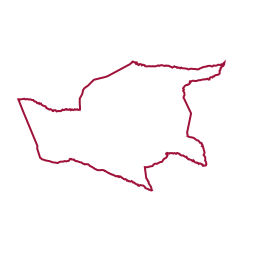 Campo Novo do Parecis, Mato Grosso, Brazil, rotated 82°
{"feature_id": "56859067B93931383273622", "entity_name": "Campo Novo do Parecis", "entity_type": "district", "adm_level": 2, "iso_a3": "BRA", "parent_name": "Brazil", "parent_adm1": "Mato Grosso", "projection": "natural_earth1", "projection_center": [-57.909, -13.656], "detail": "fine", "context": "isolated", "style": "outline", "palette": "rose", "viewbox_px": 256, "rotation_deg": 82, "n_neighbors": 0, "source": "geoboundaries", "source_scale": "gbopen_adm2", "svg_char_len": 5704}
<svg xmlns="http://www.w3.org/2000/svg" viewBox="0 0 256 256"><g transform="rotate(82 128 128)"><path d="M76.5,23.4L78.0,25.4L78.2,26.0L77.9,26.6L78.1,27.0L78.6,27.2L78.7,27.7L78.3,28.0L77.9,30.1L78.3,30.9L78.5,31.8L78.5,32.8L78.0,34.4L78.2,35.1L78.6,35.4L78.8,35.9L78.5,36.9L77.8,38.1L77.7,40.2L77.8,41.1L78.1,41.4L78.0,43.7L78.3,44.8L78.2,45.8L78.6,46.5L79.1,48.8L79.6,49.4L79.6,51.6L79.1,52.5L78.5,55.8L78.1,56.7L78.1,58.5L78.4,59.6L78.2,60.4L77.7,60.9L76.7,64.1L76.6,65.2L76.0,66.5L75.6,66.9L76.2,68.0L75.5,68.7L75.1,69.9L75.4,70.4L75.2,71.0L74.5,71.3L73.9,73.1L73.4,73.4L73.5,73.9L74.0,74.7L74.0,75.3L74.3,75.8L73.6,76.5L73.2,77.6L72.7,77.9L72.2,78.6L72.0,79.3L72.1,79.7L71.6,80.8L71.7,81.2L71.4,81.8L71.7,82.2L71.5,83.6L70.6,85.3L70.4,87.4L70.8,88.1L70.8,88.7L70.2,89.5L70.7,91.5L70.7,93.3L70.2,94.5L70.4,94.9L70.0,97.4L69.7,98.0L69.7,100.3L69.5,101.1L69.5,101.7L68.9,102.7L68.1,102.8L67.7,103.9L67.5,104.2L67.8,105.4L67.3,105.4L66.9,105.8L66.6,106.7L66.3,107.1L66.9,107.8L67.1,108.8L66.2,109.1L66.1,110.0L65.6,110.4L65.2,110.3L65.6,111.1L65.2,111.4L64.1,111.1L63.8,112.7L63.0,113.6L62.9,114.0L63.0,114.5L63.5,114.6L65.2,117.5L73.9,141.1L74.3,143.3L75.5,155.0L78.7,159.4L80.5,161.7L81.8,164.4L82.5,165.6L84.2,167.2L87.8,168.5L92.2,171.7L96.2,172.3L102.2,172.8L103.0,173.0L103.3,173.2L103.0,173.8L103.3,174.2L103.1,175.0L102.5,175.5L102.4,176.2L102.7,177.1L102.0,178.2L102.7,179.3L102.6,179.8L101.9,180.7L101.8,181.3L102.3,181.6L102.4,182.4L101.5,182.7L101.3,183.0L101.6,183.4L101.5,184.0L101.7,184.7L101.3,185.8L101.3,186.3L100.7,186.3L100.6,187.2L101.4,188.8L101.3,189.3L100.6,190.3L101.7,191.5L101.6,192.3L101.9,192.8L101.3,194.9L101.7,195.9L101.6,196.5L100.3,197.3L100.1,199.0L100.8,199.6L100.8,200.1L99.1,201.2L99.0,201.7L98.5,202.4L98.8,203.3L97.3,205.3L97.1,205.9L96.7,206.1L96.2,206.0L95.5,206.6L95.0,206.8L94.4,208.4L93.3,209.9L92.7,210.5L91.8,210.7L91.5,211.4L91.8,212.2L91.0,212.4L90.7,212.8L91.1,213.6L90.8,214.5L89.3,215.3L88.6,217.0L88.2,217.4L87.1,217.9L87.0,219.1L86.0,220.8L85.9,221.3L86.1,222.0L85.8,222.4L85.2,224.3L85.4,224.8L85.4,225.4L85.2,225.9L84.6,226.5L84.7,230.2L84.8,230.7L84.6,231.5L84.3,231.9L84.3,232.6L96.8,229.6L133.1,220.2L135.6,220.8L145.2,219.2L145.7,218.5L146.8,217.8L148.6,214.2L150.1,209.9L151.3,207.8L151.9,206.0L152.2,204.4L152.5,203.9L152.8,202.7L152.9,202.2L152.6,201.8L152.0,200.3L152.2,196.4L151.9,195.2L152.2,194.6L152.5,193.3L152.3,192.7L152.4,191.6L151.7,190.5L150.7,190.0L150.5,189.5L150.6,188.8L151.2,188.3L151.4,187.8L151.5,186.8L151.7,186.0L152.1,186.0L152.2,185.5L153.0,185.1L153.5,184.4L153.7,183.9L153.6,183.2L155.0,180.8L155.7,178.8L157.3,177.2L157.5,176.1L158.1,175.6L157.9,174.4L158.1,173.7L158.4,173.2L158.4,172.6L158.6,172.2L159.6,171.4L160.1,171.3L161.8,168.7L162.2,168.4L163.0,167.3L163.9,166.6L164.1,166.0L165.3,164.3L165.7,163.2L166.1,158.7L166.8,157.4L167.3,157.1L167.4,156.4L167.7,156.2L169.8,153.7L169.8,153.2L170.2,153.0L171.3,151.4L171.4,150.9L172.0,150.3L172.2,149.9L172.1,149.5L172.3,149.0L173.1,148.2L174.0,146.9L174.0,146.4L174.3,146.1L174.1,145.3L174.2,144.5L174.5,144.0L175.1,144.2L175.4,143.8L175.2,143.1L174.8,142.7L175.0,142.2L175.6,141.7L175.9,141.2L176.4,141.0L177.1,140.1L177.9,139.4L178.4,138.5L178.2,137.7L178.5,137.2L178.9,137.0L179.6,136.1L180.1,136.2L180.3,135.6L180.3,135.2L180.8,134.7L180.8,134.2L181.3,133.4L181.4,132.6L181.0,131.8L182.0,130.8L182.5,130.7L182.9,130.4L182.8,129.7L183.2,129.1L184.1,128.5L185.0,127.3L185.4,126.1L186.2,126.1L186.4,125.6L186.9,125.1L186.2,124.0L187.2,120.8L188.6,119.6L189.1,119.5L190.1,119.0L190.9,117.2L191.3,116.7L191.6,116.1L192.0,115.9L192.6,114.3L193.1,113.7L193.0,113.2L192.6,113.5L192.1,113.4L191.8,113.1L189.3,113.5L185.6,115.2L184.1,115.1L183.3,115.7L182.8,115.7L182.0,116.2L181.5,116.1L180.4,116.9L169.1,116.8L169.4,115.4L169.5,113.9L169.2,112.1L169.1,109.4L169.0,108.9L167.9,107.9L167.3,106.8L167.1,105.7L167.5,104.6L167.4,103.9L167.1,103.5L166.2,100.7L166.3,99.6L166.1,99.0L165.8,98.6L165.0,98.1L163.6,96.6L162.8,94.4L162.3,94.1L162.1,93.7L160.7,92.7L160.2,92.7L159.5,93.6L159.0,93.9L158.7,93.8L158.8,93.2L158.1,92.7L158.4,91.9L158.8,91.4L158.8,91.0L159.1,90.4L158.7,89.9L159.1,87.3L159.6,86.8L159.6,86.2L159.3,85.6L160.3,84.0L160.1,83.6L159.7,83.4L159.7,82.4L160.5,81.3L160.5,80.9L161.3,80.2L161.8,80.1L162.1,79.7L162.8,78.4L162.9,77.0L164.0,76.1L164.8,74.6L164.7,74.1L165.8,74.0L166.1,73.4L167.0,72.9L167.5,72.4L167.4,72.0L167.6,71.5L168.5,70.0L168.8,69.2L169.4,68.1L169.9,68.4L170.0,67.8L169.4,67.5L169.8,67.2L170.4,67.2L171.5,66.2L171.9,64.4L172.3,64.3L172.3,63.7L172.6,63.4L173.5,63.0L173.0,61.8L173.4,61.2L173.6,60.6L174.4,60.0L174.4,59.6L174.6,59.2L175.7,59.2L175.9,58.6L175.7,57.9L176.0,57.0L175.9,56.3L175.6,55.8L174.4,55.4L172.2,55.6L170.8,56.2L169.8,55.8L168.1,55.6L167.1,55.8L165.4,56.9L165.0,56.8L163.5,55.7L162.9,55.6L156.7,56.4L156.5,56.9L156.2,56.5L155.2,56.6L154.8,57.2L153.9,57.3L153.5,57.1L153.2,57.2L152.8,58.0L152.7,58.7L151.4,59.3L150.1,60.3L149.7,61.5L149.0,62.3L147.0,64.2L146.0,66.6L145.8,67.7L144.4,70.2L143.9,70.0L140.8,70.1L122.3,63.5L105.4,68.8L104.6,68.4L103.4,67.5L101.0,67.3L98.7,68.2L97.9,67.3L97.3,67.4L96.8,67.9L96.3,67.9L94.3,65.9L93.6,64.3L93.6,63.0L93.3,62.6L93.4,62.1L92.4,60.5L91.8,60.5L91.4,59.9L90.9,60.4L90.4,60.2L90.5,59.2L90.2,56.9L90.8,55.0L90.8,54.4L91.0,53.6L90.5,51.6L90.7,50.0L90.4,47.2L90.4,45.9L90.7,44.9L90.4,44.3L90.5,43.3L90.3,42.3L91.2,41.7L91.3,40.6L89.8,40.0L89.4,39.6L89.3,39.1L89.3,38.4L89.7,37.3L88.7,36.5L88.9,35.4L88.6,35.1L88.2,34.9L88.0,34.4L87.8,33.6L87.9,32.3L87.6,31.7L87.7,30.9L87.1,30.0L86.5,29.6L84.9,29.5L84.2,29.1L83.8,29.2L83.4,28.6L83.0,28.6L82.5,28.1L81.4,27.9L81.2,27.2L79.9,26.3L79.9,25.3L79.7,25.0L79.3,24.8L78.5,24.0L76.5,23.4Z" fill="none" stroke="#9f1239" stroke-width="2"/></g></svg>